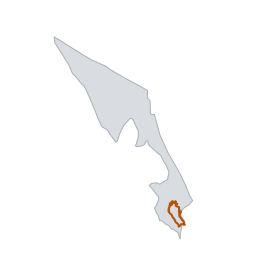 location of Zefat, HaZafon, Israel, rotated 137°
{"feature_id": "584046B13386645158990", "entity_name": "Zefat", "entity_type": "district", "adm_level": 2, "iso_a3": "ISR", "parent_name": "Israel", "parent_adm1": "HaZafon", "projection": "natural_earth1", "projection_center": [35.521, 33.074], "detail": "fine", "context": "in_parent", "style": "outline", "palette": "amber", "viewbox_px": 256, "rotation_deg": 137, "n_neighbors": 0, "source": "geoboundaries", "source_scale": "gbopen_adm2", "svg_char_len": 5126}
<svg xmlns="http://www.w3.org/2000/svg" viewBox="0 0 256 256"><g transform="rotate(137 128 128)"><path d="M165.5,11.1L164.4,14.3L163.2,16.0L162.9,18.5L163.6,20.6L164.0,23.4L164.9,24.2L165.2,26.1L164.4,27.9L164.8,29.4L165.8,30.8L166.4,36.4L167.9,39.1L165.6,43.2L165.2,46.5L163.0,51.5L160.4,51.9L154.5,54.7L153.7,55.5L152.6,57.1L152.4,58.3L151.6,71.7L148.4,71.3L144.4,68.4L143.6,65.9L142.4,65.0L139.6,64.7L134.3,63.4L128.1,67.8L125.4,75.1L124.9,78.4L122.8,85.6L123.5,90.0L123.9,95.6L124.4,100.3L123.8,103.1L122.6,104.5L123.0,105.6L124.0,106.0L127.4,104.7L131.0,106.0L134.5,108.4L134.7,110.0L132.3,110.9L126.5,114.5L122.5,118.7L121.4,122.6L118.7,130.9L119.0,132.6L120.3,133.6L129.7,132.7L138.3,129.4L144.7,125.8L146.7,126.0L145.4,135.2L144.3,140.8L144.7,141.7L146.2,146.6L143.4,155.5L140.4,162.8L139.3,166.2L136.3,173.9L133.2,182.7L131.6,188.8L132.0,191.0L131.2,202.2L131.6,205.4L128.0,215.1L127.3,219.9L125.9,226.5L123.4,240.2L120.0,244.9L118.3,239.7L114.5,225.0L111.8,214.9L108.1,202.5L101.8,187.4L101.3,183.7L99.9,178.4L95.6,164.7L92.2,154.8L88.1,142.1L93.2,137.1L93.3,132.9L101.8,123.3L101.7,122.3L99.5,119.8L99.8,119.3L109.3,101.3L115.4,83.5L121.2,58.7L125.2,46.1L128.7,37.7L130.2,30.8L135.8,30.3L139.9,31.1L144.8,31.3L148.8,28.7L150.7,20.9L152.9,19.7L154.1,21.5L155.3,19.5L160.4,16.1L163.0,13.9L165.5,11.1Z" fill="#d9dde1" stroke="#a8b0b8" stroke-width="1"/><path d="M155.3,39.0L155.2,38.7L155.1,38.4L155.3,38.1L155.5,38.0L155.5,37.9L155.6,37.6L155.5,36.4L155.4,36.2L155.4,35.9L155.5,35.7L155.5,35.4L155.5,35.2L155.4,35.0L155.3,34.8L155.4,34.6L155.5,34.5L155.6,34.2L155.7,33.8L155.8,33.6L155.8,33.4L156.0,33.2L156.1,32.6L156.1,32.2L156.2,31.9L156.1,31.7L156.0,31.3L156.1,31.1L156.3,31.0L156.3,30.8L156.3,30.6L156.3,30.2L156.3,29.8L156.4,29.6L156.5,29.5L156.6,29.3L156.6,29.1L156.5,28.9L156.5,28.6L156.6,28.4L156.6,28.2L156.8,28.0L156.8,27.8L156.9,27.6L157.0,27.5L157.1,27.4L157.1,27.2L157.3,26.9L157.3,26.6L157.3,26.1L157.2,25.8L157.2,25.6L157.0,25.4L157.0,25.0L157.0,24.7L157.0,24.0L157.0,23.3L157.1,23.1L157.3,22.9L157.3,22.3L157.3,22.2L157.6,21.9L157.9,21.8L158.0,21.7L158.0,21.3L158.0,21.2L157.9,21.1L157.7,21.1L157.4,21.1L157.2,21.1L156.9,21.1L156.6,21.0L156.3,21.0L156.2,21.1L155.9,21.3L155.5,21.3L155.3,21.4L155.0,21.4L154.8,21.4L154.7,21.3L154.6,21.2L154.4,21.1L154.1,20.9L153.8,20.6L153.6,20.4L153.4,20.1L153.2,19.9L153.2,19.7L153.3,19.6L153.3,19.4L153.1,19.2L153.0,18.9L152.8,18.8L152.7,18.8L152.6,18.7L152.4,18.6L152.2,18.8L152.2,19.1L152.3,19.4L152.2,19.6L152.1,19.8L152.0,20.0L151.9,20.1L151.9,20.4L151.7,20.6L151.4,20.7L151.3,20.8L151.3,21.2L151.3,21.5L151.3,21.9L151.2,21.9L151.0,22.0L150.9,22.1L150.8,22.5L150.8,22.8L150.8,23.2L150.9,23.4L150.9,23.5L151.0,23.6L151.1,23.8L151.2,24.0L151.1,24.4L151.1,24.7L151.1,24.8L150.9,25.0L150.9,25.4L150.9,25.6L150.9,25.9L150.8,26.0L150.6,26.1L150.6,26.3L150.6,26.5L150.6,26.9L150.5,27.0L150.4,27.2L150.4,27.4L150.5,27.6L150.7,28.0L150.4,28.2L150.4,28.4L150.3,28.5L150.2,28.8L149.7,28.8L149.3,29.0L149.3,29.3L149.3,29.6L149.3,29.9L149.4,30.0L149.2,30.3L148.9,30.4L148.6,30.3L148.0,30.3L147.2,30.3L146.8,30.3L146.6,30.4L146.4,30.6L146.3,30.8L146.7,30.8L147.1,30.8L147.3,31.0L147.6,31.1L148.0,31.0L148.3,31.2L148.3,31.4L148.2,31.5L148.0,31.8L147.9,31.9L147.7,32.1L147.6,32.3L147.4,32.6L147.0,32.7L146.8,32.7L146.7,32.8L146.5,33.0L146.3,33.1L146.2,33.4L146.2,33.6L146.0,33.8L145.9,33.9L145.9,34.0L145.7,34.3L145.5,34.5L145.4,34.6L145.2,34.7L145.0,34.8L144.9,34.9L144.8,35.0L144.7,35.1L144.7,35.3L144.9,35.4L144.9,35.6L144.9,35.8L145.0,36.0L145.3,36.4L145.4,36.6L145.5,36.8L145.5,37.1L145.6,37.5L145.7,38.0L145.8,38.0L146.0,38.0L146.0,38.3L145.9,38.5L146.0,38.7L146.0,38.8L145.9,38.9L145.6,38.8L145.4,38.8L145.2,38.9L145.2,39.1L145.0,39.3L144.9,39.3L144.8,39.2L144.6,39.0L144.4,39.0L144.2,39.0L144.1,38.9L143.8,39.0L143.9,39.3L144.1,39.5L144.7,39.7L144.8,39.8L144.9,40.1L144.7,40.3L144.6,40.5L144.4,40.7L144.3,40.8L144.2,40.8L143.9,40.8L143.7,41.0L143.4,41.3L143.2,41.4L143.2,41.6L143.2,41.8L143.2,42.0L143.3,42.1L143.6,42.1L143.7,41.8L143.8,41.7L144.0,41.8L144.4,41.9L144.6,41.9L144.8,41.7L145.2,41.6L145.4,41.7L145.5,41.8L145.7,42.0L145.8,42.3L145.9,42.5L145.9,42.9L145.9,43.0L145.6,43.1L145.3,43.1L145.2,43.1L145.2,43.3L145.3,43.3L145.2,43.5L145.2,43.8L145.3,43.9L145.4,44.0L145.5,44.1L145.7,43.9L145.8,43.7L146.1,43.7L146.1,43.8L146.3,44.0L146.5,44.2L146.8,44.2L147.0,43.9L147.3,44.0L147.5,44.2L147.8,44.2L148.1,44.2L148.3,44.2L148.6,43.9L148.8,43.9L148.9,44.0L149.0,44.1L149.2,43.9L148.9,43.7L148.6,43.7L148.3,43.5L148.2,43.4L148.1,43.2L147.9,43.0L147.9,42.8L147.9,42.5L147.9,42.4L147.7,42.2L147.8,42.1L148.1,42.2L148.2,41.9L148.3,41.9L148.6,42.0L148.9,42.2L148.9,42.3L149.0,42.4L149.3,42.4L149.5,42.5L149.9,42.4L150.0,42.4L150.1,42.5L150.2,42.8L150.4,42.9L150.5,42.8L150.6,42.7L150.8,42.7L150.9,42.4L150.9,42.2L151.0,42.2L151.3,42.2L151.5,42.1L151.6,41.9L152.0,41.8L152.1,41.7L152.4,41.7L152.5,41.8L152.8,41.7L153.0,41.6L153.0,41.4L153.2,41.2L153.3,41.1L153.3,40.9L153.3,40.7L153.6,40.6L153.9,40.4L154.0,40.3L154.3,40.3L154.3,40.2L154.6,40.1L154.6,39.9L154.6,39.6L154.6,39.4L154.8,39.3L155.1,39.1L155.3,39.0Z" fill="none" stroke="#b45309" stroke-width="2"/></g></svg>